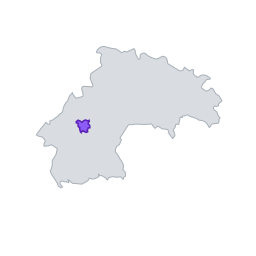 Labe, Labé, Guinea shown in context, rotated 303°
{"feature_id": "49546643B62226026687736", "entity_name": "Labe", "entity_type": "district", "adm_level": 2, "iso_a3": "GIN", "parent_name": "Guinea", "parent_adm1": "Labé", "projection": "robinson", "projection_center": [-12.343, 11.413], "detail": "fine", "context": "in_parent", "style": "filled", "palette": "violet", "viewbox_px": 256, "rotation_deg": 303, "n_neighbors": 0, "source": "geoboundaries", "source_scale": "gbopen_adm2", "svg_char_len": 5004}
<svg xmlns="http://www.w3.org/2000/svg" viewBox="0 0 256 256"><g transform="rotate(303 128 128)"><path d="M153.5,167.1L151.7,166.8L150.9,167.2L148.4,170.4L147.0,171.6L144.8,171.3L144.0,171.5L143.4,171.1L144.2,169.4L145.3,165.9L148.3,162.4L148.3,161.7L147.1,159.6L145.9,156.9L145.9,153.9L145.6,151.7L143.0,151.1L142.5,150.8L142.5,150.0L143.9,146.3L144.0,145.6L143.8,144.9L142.2,143.0L139.7,139.5L135.4,132.2L133.8,130.7L132.3,128.5L131.7,127.1L130.1,126.6L115.1,126.7L114.8,128.6L109.6,129.9L106.4,128.4L102.9,129.3L101.2,130.2L99.8,134.4L99.1,135.3L98.3,137.2L97.6,138.3L96.9,140.3L95.2,143.3L93.4,145.2L90.4,146.3L89.5,149.4L88.8,150.5L87.6,151.4L86.4,152.0L83.9,151.4L82.5,152.0L82.3,151.2L83.1,148.7L82.4,147.5L80.1,144.9L79.9,143.7L79.1,142.1L76.0,138.8L73.1,139.0L73.9,136.2L73.9,132.5L72.9,130.5L73.2,128.5L72.6,128.6L71.7,130.0L70.1,129.5L66.9,127.4L65.4,125.2L65.2,123.4L64.8,122.7L63.8,123.1L61.9,123.1L55.8,119.9L51.5,111.8L51.5,110.0L52.1,106.8L51.9,106.0L50.0,108.1L49.6,106.7L48.1,103.4L47.7,101.6L46.2,100.7L45.0,100.6L44.2,101.2L43.0,105.0L42.1,105.0L41.2,104.2L41.4,101.3L43.7,97.8L47.6,88.9L49.0,86.8L49.9,86.1L51.7,86.0L55.3,84.8L59.7,82.1L63.1,82.3L67.0,81.9L72.2,80.0L72.3,74.0L72.1,72.7L70.3,71.5L69.2,70.4L68.3,69.1L67.2,68.2L67.2,67.2L69.5,65.9L71.6,65.9L72.3,65.4L72.8,64.6L73.4,62.4L73.6,60.1L72.3,57.1L72.3,54.9L79.9,55.2L84.1,55.8L87.5,56.0L88.1,56.5L87.6,58.6L88.0,59.8L89.2,60.2L91.1,58.7L92.1,59.0L94.2,60.8L96.2,61.3L98.4,62.3L100.4,62.9L102.2,62.8L103.6,63.8L106.1,64.2L109.4,62.9L112.0,62.3L115.6,62.1L117.5,62.6L123.0,61.5L127.3,62.1L126.6,62.8L124.7,67.6L124.9,68.5L129.3,72.5L130.3,72.8L131.5,72.3L133.4,70.4L134.9,68.4L136.4,67.4L138.0,67.4L139.4,68.9L142.5,74.9L143.3,75.7L144.1,75.6L145.4,74.5L146.1,73.2L149.0,69.2L153.5,67.2L164.2,71.8L165.8,72.1L166.7,71.8L168.0,69.1L172.0,66.8L173.9,66.2L175.0,66.1L175.5,65.4L175.7,64.3L175.4,63.1L174.2,61.1L174.2,60.5L174.9,60.1L176.4,59.8L178.4,60.0L180.6,60.9L182.4,62.2L183.5,63.7L185.5,70.0L187.8,75.0L187.7,81.7L188.7,82.4L189.8,82.7L190.3,83.2L191.4,85.9L192.4,86.7L193.7,86.9L196.0,88.7L197.5,89.4L197.7,89.9L197.6,90.6L197.1,91.6L194.8,93.4L193.7,95.0L191.5,98.8L191.4,99.5L191.9,100.0L192.8,100.1L193.8,99.8L195.9,98.4L197.6,98.9L199.2,100.0L199.7,101.1L199.9,102.5L199.5,104.4L199.5,106.4L200.0,110.0L200.9,113.5L201.7,114.8L207.0,117.9L207.5,119.1L207.8,120.4L207.4,122.2L206.9,123.2L204.0,125.9L203.6,127.2L203.8,129.7L204.0,140.0L205.2,141.8L206.5,142.7L209.7,142.2L209.6,145.0L209.2,148.3L211.0,149.3L212.0,150.2L212.5,151.1L209.6,152.9L208.7,153.9L208.3,156.5L208.4,159.0L212.4,160.8L213.9,162.9L214.6,165.0L214.8,169.1L214.5,170.0L213.5,170.1L211.5,167.6L208.4,167.3L206.1,166.8L202.4,167.2L201.7,167.9L201.3,173.3L202.2,174.2L204.0,175.2L205.2,175.7L206.2,175.6L206.9,176.2L207.1,178.0L206.6,179.3L205.6,180.5L204.4,183.6L204.6,186.5L202.5,191.1L201.9,192.0L199.1,191.1L197.2,190.8L195.9,191.9L194.0,190.1L193.7,188.8L193.0,188.5L191.8,188.5L190.7,189.2L190.2,190.7L189.9,193.6L187.8,196.4L186.4,199.9L184.7,199.5L184.3,200.0L182.6,200.9L181.0,201.1L180.6,200.2L179.7,199.4L178.7,198.0L177.6,196.8L175.4,195.9L174.5,196.3L173.5,196.2L172.8,195.8L172.9,195.0L174.1,193.2L174.7,191.6L175.1,189.8L175.1,188.0L174.4,185.6L173.5,183.7L173.2,182.6L173.3,181.0L173.1,179.5L172.8,178.7L172.3,175.9L171.8,175.4L171.4,173.1L171.5,170.8L170.7,170.0L169.3,169.3L168.6,168.4L168.1,167.4L167.6,167.1L167.2,167.2L166.8,167.8L166.4,167.9L165.6,165.8L165.3,165.7L164.8,166.2L158.6,168.6L157.8,166.6L156.7,166.2L154.7,167.0L153.5,167.1Z" fill="#d9dde1" stroke="#a8b0b8" stroke-width="1"/><path d="M112.7,91.9L113.3,91.2L112.8,90.9L112.3,90.5L112.0,90.2L111.9,89.3L111.9,89.0L111.7,88.5L111.6,88.2L111.3,87.8L111.0,87.5L110.5,87.2L109.9,86.8L109.1,86.6L108.3,86.5L107.8,86.4L107.7,86.1L107.7,85.7L107.8,85.2L107.8,84.4L107.7,83.6L107.4,82.6L107.5,82.1L107.3,81.9L107.0,81.7L106.6,81.8L106.1,81.6L105.9,81.5L105.6,81.2L105.4,81.1L104.8,81.6L104.6,81.5L104.3,81.7L104.1,81.9L104.2,82.2L104.5,82.9L104.7,83.3L104.3,83.8L103.9,84.1L103.7,84.3L103.1,84.7L102.7,84.8L102.4,85.1L102.2,85.3L102.1,85.5L102.0,86.2L102.1,86.7L102.0,87.1L101.8,87.4L101.8,87.5L101.6,87.5L101.3,87.7L101.0,87.9L100.9,88.1L100.7,88.2L100.6,88.3L100.3,88.6L100.2,88.6L100.0,89.0L99.6,89.4L99.4,89.7L99.2,89.9L98.9,90.2L98.8,90.4L98.7,90.8L98.7,91.0L98.8,90.9L99.0,90.9L99.3,90.7L99.6,90.7L99.7,91.1L100.0,91.3L100.3,91.3L100.5,91.5L100.7,91.9L101.0,91.8L101.3,92.1L101.3,92.4L101.1,92.8L101.1,93.2L101.2,93.5L101.3,93.7L101.3,94.1L101.4,94.4L101.4,94.6L101.5,94.9L101.5,95.1L101.6,95.3L101.7,95.6L101.8,95.7L102.1,95.8L102.3,95.8L102.5,95.8L102.7,96.0L103.0,96.2L103.2,95.9L103.3,95.5L103.5,95.4L103.6,95.1L103.7,94.9L103.9,94.9L104.0,95.0L104.3,95.1L105.3,94.9L106.1,94.5L106.5,94.6L106.7,94.8L106.9,95.3L107.2,95.7L107.4,95.9L107.8,95.6L108.1,95.4L108.5,95.1L108.9,94.8L109.2,94.6L109.5,93.9L109.6,93.2L109.8,92.4L110.1,92.1L110.6,91.9L111.2,91.9L111.5,91.8L111.8,91.8L112.2,92.0L112.7,91.9Z" fill="#8b5cf6" stroke="#5b21b6" stroke-width="1.5"/></g></svg>